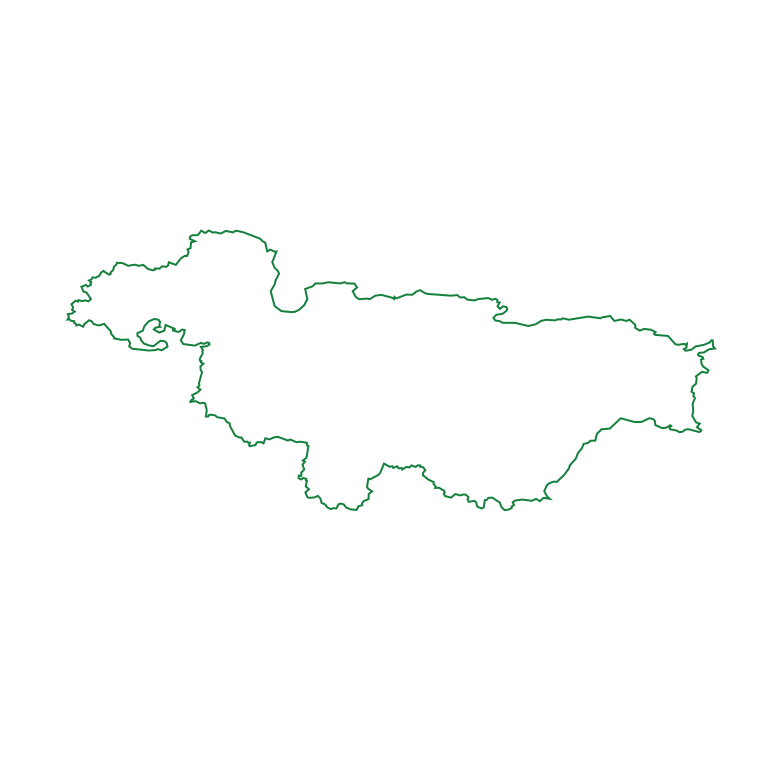 Ifanadiana, Vatovavy-Fitovinany, Madagascar (Natural Earth projection), rotated 278°
{"feature_id": "10022922B31790128040616", "entity_name": "Ifanadiana", "entity_type": "district", "adm_level": 2, "iso_a3": "MDG", "parent_name": "Madagascar", "parent_adm1": "Vatovavy-Fitovinany", "projection": "natural_earth1", "projection_center": [47.619, -21.071], "detail": "fine", "context": "isolated", "style": "outline", "palette": "green", "viewbox_px": 768, "rotation_deg": 278, "n_neighbors": 0, "source": "geoboundaries", "source_scale": "gbopen_adm2", "svg_char_len": 6118}
<svg xmlns="http://www.w3.org/2000/svg" viewBox="0 0 768 768"><g transform="rotate(278 384 384)"><path d="M284.3,475.4L285.8,478.2L285.7,480.6L283.7,483.4L281.4,482.8L279.1,484.3L280.8,489.7L279.6,491.8L275.7,493.3L274.3,497.7L275.7,500.0L283.0,500.0L283.4,501.8L285.8,503.2L286.5,507.0L282.7,515.2L278.5,517.4L276.0,520.8L276.7,524.2L278.9,527.7L280.5,527.5L282.3,529.6L284.8,527.9L286.8,530.0L288.8,537.0L288.9,546.5L291.4,550.6L289.7,554.7L293.4,557.7L293.4,564.1L295.3,561.2L300.1,557.6L306.2,559.3L308.6,561.3L311.1,566.1L311.0,568.6L318.9,575.0L326.4,579.0L329.0,579.2L336.8,584.3L342.7,585.7L347.7,588.8L352.4,590.1L354.1,594.3L356.5,596.2L357.3,601.1L364.3,601.8L369.4,605.7L371.3,613.9L383.0,623.1L381.2,637.6L381.7,640.8L382.3,644.3L387.1,651.6L386.5,655.8L385.5,657.1L381.1,658.5L379.0,665.6L379.9,669.4L383.0,673.2L382.4,674.3L381.1,672.9L379.0,673.5L378.6,680.6L377.4,682.9L378.1,685.9L380.8,688.9L381.6,691.6L380.3,703.0L381.2,704.2L382.5,704.5L384.8,699.9L388.7,702.1L389.4,698.4L395.3,693.7L400.2,694.0L407.4,692.4L413.3,693.9L415.2,692.0L417.9,692.3L419.2,689.6L424.1,689.9L427.7,692.9L432.9,692.9L435.0,691.8L440.3,697.2L440.0,702.5L442.8,703.4L445.5,697.9L447.9,695.7L452.4,694.6L453.4,696.7L455.2,695.5L455.8,691.6L456.9,690.8L458.8,691.8L459.7,696.3L463.7,701.2L465.2,706.8L467.5,704.4L472.9,703.5L472.8,702.1L470.5,700.8L467.4,695.6L464.5,687.2L460.8,683.7L458.9,678.0L460.3,676.1L462.0,678.4L466.1,678.4L464.9,677.0L465.5,675.7L463.8,670.0L463.9,667.1L471.1,658.5L470.4,645.6L471.2,644.4L473.1,645.7L474.9,641.0L474.7,633.7L472.4,629.9L474.6,624.9L477.6,624.6L481.9,618.2L480.2,615.4L480.8,609.5L478.5,603.4L482.8,598.5L480.4,590.7L479.2,589.5L479.2,576.8L473.4,558.2L473.9,551.9L472.5,550.3L472.3,547.3L470.8,544.4L470.2,535.7L468.4,530.8L464.3,526.0L461.5,518.8L462.8,505.4L461.1,492.8L462.3,490.2L462.4,485.4L464.6,483.1L468.2,485.6L470.0,491.6L473.6,495.2L475.4,495.7L477.1,494.5L477.5,491.9L477.2,490.6L474.5,488.4L476.8,485.6L480.8,487.2L480.8,484.8L483.0,484.6L483.8,482.7L482.4,478.8L483.6,475.4L481.2,465.4L479.4,462.2L479.1,454.9L481.1,451.4L480.3,447.2L482.3,444.2L480.8,438.3L479.3,415.0L479.6,412.0L482.0,406.7L480.0,403.1L476.3,399.6L475.7,393.7L470.8,385.0L470.6,383.7L471.6,382.3L469.6,382.2L470.5,380.5L471.9,369.1L470.3,363.2L466.0,358.0L466.2,355.2L464.5,347.5L466.4,343.9L471.6,340.1L475.9,343.9L479.3,340.9L478.5,333.0L479.3,331.0L477.5,326.7L477.0,314.6L474.9,308.7L474.0,301.9L471.0,300.0L467.1,292.7L457.4,296.3L450.8,293.9L445.6,289.5L443.1,285.7L442.3,282.4L441.9,272.2L446.0,264.8L460.1,258.9L467.8,262.0L471.3,262.2L478.6,264.7L480.9,263.4L484.0,259.4L489.1,256.4L500.2,259.1L499.7,257.9L501.2,252.7L499.1,249.9L507.5,246.7L508.5,243.7L510.6,241.3L514.6,224.0L515.3,216.2L513.1,213.3L513.6,206.1L510.3,201.4L510.8,195.7L510.1,193.3L511.7,189.2L508.6,186.0L510.4,181.8L505.5,178.9L504.6,173.4L503.3,171.6L500.8,171.4L499.0,176.9L497.5,173.2L491.6,173.5L489.9,170.7L487.4,172.2L483.3,171.1L483.1,168.9L480.3,165.5L473.0,161.3L474.6,154.0L471.4,153.7L469.7,152.0L469.7,148.0L467.0,145.6L466.5,141.0L465.3,141.2L464.4,139.2L465.1,134.1L468.5,129.0L466.9,124.9L467.5,120.7L465.5,114.3L467.4,108.0L466.8,102.6L465.0,102.3L462.5,100.2L459.3,100.0L456.2,97.7L454.7,97.9L454.0,96.4L456.9,90.3L454.9,88.3L451.6,87.0L449.0,83.5L449.1,80.6L446.8,79.7L445.5,77.5L444.1,79.9L443.1,79.2L441.5,80.0L439.3,77.1L440.6,75.0L438.2,70.8L433.7,73.6L433.1,76.7L427.4,82.0L424.8,79.9L425.2,76.2L424.0,73.3L424.6,70.6L424.2,69.4L423.1,69.6L423.4,66.9L419.6,63.4L416.4,65.5L414.1,64.7L412.6,67.6L410.4,65.3L409.2,61.2L406.3,62.7L403.8,61.7L404.4,63.4L403.1,65.0L403.0,68.5L401.5,68.5L400.8,70.3L399.1,71.1L400.4,73.4L398.9,78.2L401.6,78.9L406.1,83.1L405.5,85.6L403.0,88.3L402.2,93.2L404.6,98.6L398.0,106.2L396.0,106.5L392.3,110.7L391.6,110.5L391.2,117.7L392.4,124.4L389.2,126.9L385.7,126.5L383.9,129.7L384.4,146.4L385.8,153.0L387.1,155.3L386.4,159.1L390.8,164.4L394.1,163.2L395.7,161.2L395.7,156.6L389.3,150.4L389.5,145.9L390.7,140.5L393.6,137.3L395.9,136.3L397.4,133.2L400.0,132.7L403.2,137.7L408.0,138.7L413.3,142.3L416.3,147.3L416.4,149.8L416.0,152.0L414.4,153.6L409.9,153.4L409.4,154.3L408.0,149.9L406.0,148.5L403.6,154.3L406.3,159.0L412.0,159.5L409.4,169.8L408.8,167.5L407.7,167.5L406.9,173.4L409.8,176.5L409.8,179.1L405.7,179.0L398.8,176.7L395.6,179.7L395.7,191.3L399.1,196.7L398.8,200.4L400.6,203.3L400.4,205.1L399.1,205.7L397.9,204.8L396.3,202.0L395.4,197.5L392.1,200.1L391.1,199.5L389.2,200.2L383.2,198.1L381.5,198.5L381.4,199.8L379.9,199.8L379.0,202.3L375.8,199.8L372.3,200.5L370.5,202.2L359.0,200.6L356.8,201.4L354.8,199.7L352.9,203.0L349.6,200.3L346.3,195.6L343.3,197.7L340.8,195.0L339.3,194.8L340.8,199.7L339.2,204.5L340.3,207.8L339.9,209.6L333.6,212.1L327.0,212.2L327.4,214.4L329.2,215.2L329.5,217.4L329.4,221.1L327.9,223.5L327.6,230.9L324.3,233.9L323.8,236.4L320.9,237.4L312.2,243.7L310.8,248.9L311.2,250.3L307.5,253.4L307.8,256.7L306.8,258.0L307.3,259.3L304.5,258.9L303.7,259.8L305.7,265.2L308.2,266.0L308.8,267.2L309.4,270.6L308.5,273.0L313.8,274.1L313.2,278.1L316.2,283.3L316.8,286.9L314.6,296.9L316.0,298.7L314.2,305.5L315.2,309.1L315.1,315.7L312.3,316.4L311.9,317.8L300.2,317.5L296.9,314.3L296.0,316.5L292.9,314.5L288.2,316.9L284.8,314.4L281.5,314.9L281.6,312.5L279.0,312.4L277.9,314.9L279.7,317.3L279.2,320.3L277.6,320.2L277.4,321.1L271.7,320.8L269.4,324.3L265.7,321.3L261.4,323.8L260.8,325.4L262.0,330.9L264.0,334.1L261.8,336.9L257.6,338.7L256.5,342.6L254.0,344.9L252.7,348.6L253.9,350.7L254.2,354.2L258.5,355.7L259.6,358.0L259.1,361.0L256.5,363.6L255.2,368.3L255.5,374.4L259.3,375.6L261.0,379.2L262.7,378.9L265.2,380.2L267.8,384.7L272.9,384.2L276.0,387.1L278.3,382.6L279.9,381.5L288.1,381.7L287.9,383.8L293.1,391.0L295.3,392.6L305.2,395.1L302.8,401.2L303.8,403.7L302.2,404.9L304.4,408.6L302.5,410.2L303.2,413.5L301.9,414.0L305.0,417.8L305.0,421.0L307.2,422.5L306.3,426.8L308.2,428.9L308.3,431.3L307.2,431.3L306.9,434.5L304.4,436.9L301.6,435.1L299.2,435.1L295.4,441.5L293.8,446.9L291.9,447.0L289.8,449.4L288.2,449.2L288.9,452.9L286.6,458.5L285.2,459.2L283.7,458.4L281.5,460.2L280.8,466.2L284.9,469.9L284.3,475.4Z" fill="none" stroke="#15803d" stroke-width="2"/></g></svg>